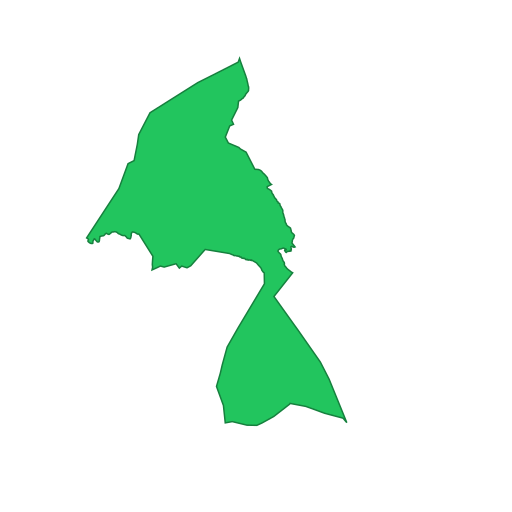 San Francisco Cahuacuá, Oaxaca, Mexico (Equal Earth projection), rotated 303°
{"feature_id": "50627088B44636472073228", "entity_name": "San Francisco Cahuacuá", "entity_type": "district", "adm_level": 2, "iso_a3": "MEX", "parent_name": "Mexico", "parent_adm1": "Oaxaca", "projection": "equal_earth", "projection_center": [-97.354, 16.831], "detail": "fine", "context": "isolated", "style": "filled", "palette": "green", "viewbox_px": 512, "rotation_deg": 303, "n_neighbors": 0, "source": "geoboundaries", "source_scale": "gbopen_adm2", "svg_char_len": 5120}
<svg xmlns="http://www.w3.org/2000/svg" viewBox="0 0 512 512"><g transform="rotate(303 256 256)"><path d="M379.7,118.6L369.8,112.8L318.5,89.1L296.1,91.3L294.0,91.5L291.2,92.8L284.9,95.7L269.6,101.8L263.8,98.4L237.9,104.3L178.9,104.1L178.9,105.7L178.9,106.0L178.6,106.4L178.5,106.6L177.9,106.7L177.2,106.8L176.7,107.2L176.4,109.2L176.6,110.6L177.2,111.8L177.8,112.2L179.8,111.1L180.9,111.1L182.4,111.0L182.5,111.5L181.9,113.3L181.4,115.1L181.6,115.8L182.2,116.5L183.0,116.5L183.8,116.2L185.1,115.5L186.6,114.9L187.1,114.5L187.4,114.5L188.3,115.3L189.1,116.0L189.4,116.6L190.2,117.2L191.2,117.5L192.0,117.5L192.6,117.7L193.5,118.0L193.7,120.1L193.9,120.7L194.1,121.0L194.5,121.2L197.9,122.3L198.4,123.2L198.9,123.7L199.2,123.9L199.4,124.2L199.8,125.0L200.0,125.6L200.1,126.1L200.1,126.6L200.0,127.3L199.8,128.4L199.9,128.9L200.1,129.5L200.2,130.3L200.2,131.3L200.3,131.9L200.5,132.8L200.6,133.1L200.9,133.7L201.1,134.0L201.5,134.3L201.6,134.7L201.7,135.2L201.5,135.9L201.5,136.6L201.1,137.4L201.0,137.9L200.9,138.2L201.0,138.9L201.2,139.3L201.5,140.4L201.8,141.1L202.2,141.1L202.7,141.1L203.2,141.0L204.1,140.6L204.7,140.4L205.3,140.2L206.1,139.6L206.4,139.4L207.2,139.1L207.5,139.2L207.9,139.2L208.3,139.1L208.9,139.3L209.0,139.5L209.4,140.4L209.5,140.8L209.7,141.5L209.9,142.2L209.8,143.0L209.8,144.1L209.9,144.8L210.3,145.5L210.6,145.7L210.6,146.0L199.6,169.7L196.6,171.3L192.5,173.6L192.1,173.9L190.3,175.4L187.7,176.4L192.2,179.3L195.5,181.3L196.7,185.0L206.0,193.2L204.1,198.3L207.1,199.2L208.5,204.4L208.6,204.6L212.3,206.6L233.8,209.8L238.3,220.1L243.7,232.5L244.0,234.5L244.3,235.9L244.5,236.3L244.4,236.7L244.4,237.5L244.7,237.8L245.3,238.8L245.6,240.1L245.9,240.2L246.0,240.9L246.1,241.2L246.3,241.5L246.5,241.7L246.7,242.0L246.3,242.5L246.5,243.4L247.0,243.9L246.5,244.9L246.7,245.8L247.0,246.1L247.2,246.3L247.1,246.6L247.3,247.1L247.5,247.4L247.6,247.5L247.8,247.7L247.8,248.1L247.7,248.3L247.5,248.8L247.4,249.2L247.5,249.6L247.7,250.1L247.9,250.3L248.1,250.1L248.3,250.2L248.4,250.5L248.5,250.9L248.3,251.2L248.5,251.4L248.4,251.6L248.6,251.7L248.7,252.0L248.7,252.3L248.9,252.4L249.2,252.6L249.4,253.4L249.5,253.2L250.2,254.4L250.5,260.2L249.6,263.1L249.0,265.5L248.4,267.2L248.1,267.7L247.8,267.9L247.4,268.4L246.5,270.5L246.3,272.1L237.3,278.2L186.2,280.1L163.9,281.4L146.0,287.1L138.3,289.9L125.1,293.9L112.9,310.1L99.3,321.1L104.2,326.3L109.2,340.5L114.4,348.9L119.1,351.9L131.1,358.3L150.1,364.9L150.9,364.8L157.0,379.7L161.5,399.3L167.4,417.3L165.7,422.9L192.5,384.4L202.1,367.7L217.0,330.9L219.0,325.7L231.8,293.1L261.9,295.9L261.8,294.3L262.0,292.6L262.1,290.7L262.3,289.2L262.6,288.1L263.0,287.2L263.2,286.0L263.6,285.3L264.1,284.7L264.4,284.2L264.7,284.1L265.3,283.9L266.0,283.1L266.4,282.1L266.5,281.6L266.9,281.0L267.3,280.4L267.8,279.9L268.2,279.4L268.6,278.7L269.0,278.0L269.3,277.5L269.9,276.8L270.5,276.3L271.0,275.5L271.2,274.2L271.4,273.3L271.7,272.4L272.0,271.7L273.1,271.5L274.5,271.9L275.1,272.5L275.9,273.4L276.6,273.8L277.2,274.3L277.6,274.7L277.8,275.3L277.9,276.2L278.1,276.7L278.1,277.3L278.0,277.8L277.6,278.0L277.0,277.6L276.7,276.9L276.2,277.0L275.6,278.3L275.4,278.9L275.4,279.4L276.0,279.6L276.7,279.8L277.3,280.2L277.6,280.8L278.1,281.4L278.4,281.7L279.0,282.4L279.4,282.6L279.6,281.7L280.6,282.1L281.3,281.7L281.7,281.1L282.3,280.6L282.8,280.3L283.4,280.5L283.7,281.0L283.7,282.2L284.1,283.2L284.9,283.8L286.5,279.0L287.1,278.8L287.7,278.7L288.4,278.2L288.9,278.0L290.0,277.8L290.4,277.7L291.4,277.9L292.1,277.7L292.8,277.4L294.2,277.0L294.7,275.9L294.9,274.7L295.0,273.6L295.5,272.5L296.0,272.1L296.7,271.4L298.2,269.7L298.3,268.4L298.3,266.9L298.4,265.7L298.7,264.7L299.4,263.9L300.1,262.5L300.7,261.7L301.2,261.3L302.3,260.5L302.8,259.8L303.5,259.1L304.2,258.1L305.2,257.1L305.9,256.4L306.8,255.0L308.1,254.1L308.9,253.6L309.3,253.0L309.8,252.0L310.4,250.8L311.0,250.0L311.3,249.0L312.9,247.3L312.8,246.5L312.6,245.7L312.9,245.5L313.3,245.1L313.3,244.3L313.6,243.4L314.0,242.9L314.4,242.5L314.6,241.6L314.9,240.9L314.9,240.1L316.1,238.2L316.3,237.6L316.7,237.3L317.0,236.4L317.3,235.6L317.7,234.8L318.3,234.3L318.9,233.7L319.0,232.8L319.1,231.7L319.1,230.5L318.9,229.7L319.1,228.4L320.2,227.6L320.6,227.8L321.8,228.5L324.4,230.0L324.4,229.9L324.5,229.1L324.7,228.1L325.1,227.3L325.6,225.8L326.2,224.8L326.7,224.0L327.6,223.2L327.9,222.8L328.2,221.9L328.6,220.6L329.0,219.1L329.2,218.4L329.3,217.3L329.6,215.8L330.0,215.0L330.2,213.8L330.2,212.6L330.0,211.6L329.7,210.5L329.3,210.0L329.2,209.8L328.9,209.1L328.5,208.6L328.1,207.8L337.7,191.1L337.4,187.0L337.4,186.2L337.3,185.7L337.3,184.4L337.5,183.3L337.7,182.6L335.7,171.3L339.0,165.5L348.8,163.5L350.8,163.1L354.2,165.4L356.7,161.5L370.6,159.9L376.4,157.0L377.4,157.6L377.9,157.9L378.6,158.2L379.5,158.5L380.5,158.7L381.3,159.2L381.9,159.2L383.3,159.3L384.2,159.5L385.2,159.4L386.7,159.2L387.0,159.4L387.6,159.4L389.0,159.6L390.1,159.7L391.0,159.5L391.5,159.1L392.2,158.8L393.4,158.0L393.9,157.6L394.4,156.8L395.4,155.9L396.7,154.6L397.8,153.4L398.7,152.5L399.4,151.9L400.0,151.0L401.3,149.5L410.6,137.2L412.7,134.6L408.9,135.5L405.6,133.6L379.7,118.6Z" fill="#22c55e" stroke="#15803d" stroke-width="1.5"/></g></svg>